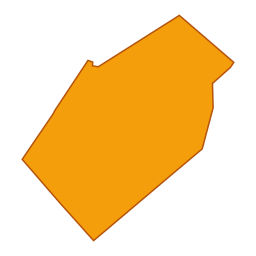 Gonzales, Texas, United States of America
{"feature_id": "52423323B16861027908547", "entity_name": "Gonzales", "entity_type": "district", "adm_level": 2, "iso_a3": "USA", "parent_name": "United States of America", "parent_adm1": "Texas", "projection": "orthographic", "projection_center": [-97.525, 29.447], "detail": "fine", "context": "isolated", "style": "filled", "palette": "amber", "viewbox_px": 256, "rotation_deg": 0, "n_neighbors": 0, "source": "geoboundaries", "source_scale": "gbopen_adm2", "svg_char_len": 339}
<svg xmlns="http://www.w3.org/2000/svg" viewBox="0 0 256 256"><path d="M60.1,203.2L93.6,240.6L174.6,172.1L202.2,148.9L213.1,107.8L212.5,83.4L230.3,67.5L233.8,62.4L179.3,15.4L98.2,66.8L92.5,65.8L92.7,62.1L88.0,60.4L78.7,74.4L55.0,110.2L52.9,114.2L27.6,151.4L22.2,159.4L60.1,203.2Z" fill="#f59e0b" stroke="#b45309" stroke-width="1.5"/></svg>